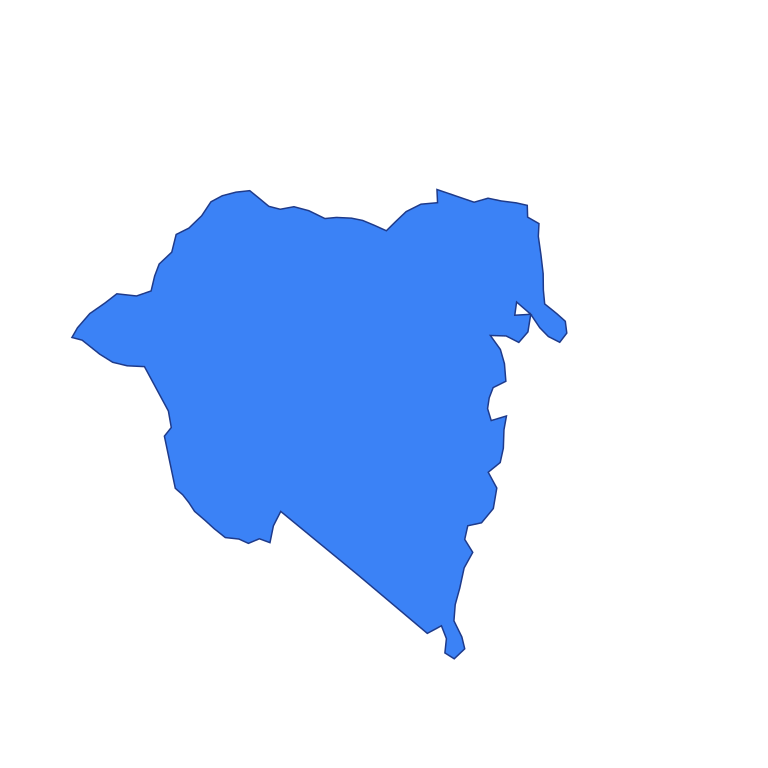 Coronel Martins, Santa Catarina, Brazil (Albers equal-area conic projection), rotated 228°
{"feature_id": "56859067B64546253501816", "entity_name": "Coronel Martins", "entity_type": "district", "adm_level": 2, "iso_a3": "BRA", "parent_name": "Brazil", "parent_adm1": "Santa Catarina", "projection": "albers", "projection_center": [-52.675, -26.542], "detail": "fine", "context": "isolated", "style": "filled", "palette": "blue", "viewbox_px": 768, "rotation_deg": 228, "n_neighbors": 0, "source": "geoboundaries", "source_scale": "gbopen_adm2", "svg_char_len": 1516}
<svg xmlns="http://www.w3.org/2000/svg" viewBox="0 0 768 768"><g transform="rotate(228 384 384)"><path d="M627.4,183.2L618.6,189.0L596.3,192.7L581.7,196.9L569.4,205.3L557.2,217.6L508.2,205.7L494.0,196.8L492.2,185.9L446.1,159.1L436.3,160.3L426.3,159.6L416.1,158.0L402.2,159.8L389.9,161.0L376.1,163.3L365.9,172.4L356.3,176.6L352.4,187.8L342.4,193.1L352.6,206.9L358.4,222.0L259.5,236.9L169.7,249.3L165.9,264.9L153.0,260.0L143.4,249.3L132.8,252.3L133.2,266.8L143.9,272.6L161.2,277.5L172.4,289.3L181.6,303.7L193.7,320.5L199.5,337.3L214.5,340.0L222.6,351.4L215.6,363.6L218.3,381.9L231.2,398.2L248.7,402.4L247.9,417.8L256.4,429.7L269.7,442.5L278.3,453.6L285.1,439.2L296.4,444.5L303.3,452.9L308.3,462.7L304.5,476.4L318.5,487.1L331.8,493.6L348.9,495.5L338.0,506.9L324.7,512.0L326.4,525.8L337.6,539.7L321.6,537.4L309.3,537.9L297.4,542.5L299.5,553.9L309.3,560.7L320.4,559.5L336.0,557.0L347.2,565.3L359.5,576.1L374.9,587.0L390.5,597.5L399.5,606.5L411.9,602.4L420.9,610.0L430.1,603.5L441.7,593.5L452.5,585.6L458.8,572.6L493.1,553.5L482.9,545.1L492.9,531.8L497.3,515.8L496.9,501.3L496.3,488.3L508.6,482.9L519.8,477.6L529.0,470.8L539.6,460.1L546.5,450.8L563.1,444.1L576.0,435.7L583.3,423.8L593.1,417.3L605.4,415.5L617.5,413.6L625.6,402.4L632.1,389.9L635.2,377.3L631.0,361.0L630.4,343.3L634.2,329.6L624.0,314.5L623.6,297.2L617.7,285.8L609.0,273.2L615.0,259.0L629.8,245.8L630.9,230.9L633.2,212.5L630.9,193.9L627.4,183.2ZM337.6,539.7L347.6,527.2L356.2,537.4L337.6,539.7Z" fill="#3b82f6" stroke="#1e3a8a" stroke-width="1.5"/></g></svg>